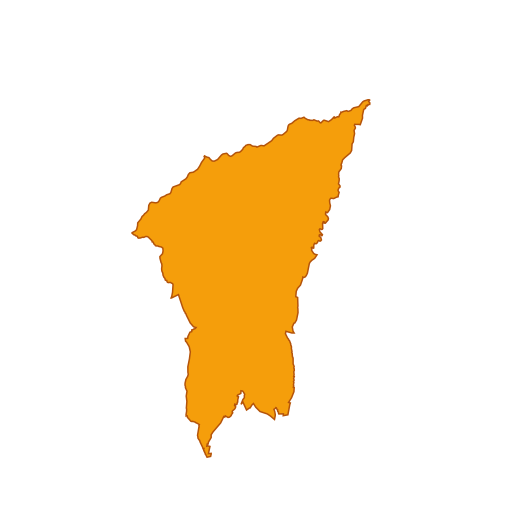 Plopis, Salaj, Romania (Robinson projection), rotated 125°
{"feature_id": "2599482B94212373707820", "entity_name": "Plopis", "entity_type": "district", "adm_level": 2, "iso_a3": "ROU", "parent_name": "Romania", "parent_adm1": "Salaj", "projection": "robinson", "projection_center": [22.647, 47.107], "detail": "fine", "context": "isolated", "style": "filled", "palette": "amber", "viewbox_px": 512, "rotation_deg": 125, "n_neighbors": 0, "source": "geoboundaries", "source_scale": "gbopen_adm2", "svg_char_len": 6125}
<svg xmlns="http://www.w3.org/2000/svg" viewBox="0 0 512 512"><g transform="rotate(125 256 256)"><path d="M308.0,370.9L308.4,370.7L308.7,368.1L308.2,367.3L308.5,366.3L307.9,364.4L308.8,363.3L308.8,362.6L307.7,361.2L305.7,359.7L305.1,358.6L303.2,357.5L302.4,356.1L302.3,355.0L303.2,349.9L304.0,349.2L303.6,348.1L304.7,346.6L304.7,345.5L305.2,344.4L305.1,343.7L304.0,342.0L304.0,341.2L302.9,338.7L303.0,336.8L305.2,335.0L307.8,333.9L311.6,334.4L313.0,333.3L315.8,330.0L316.4,328.8L318.0,327.4L320.7,325.9L322.3,324.5L323.5,322.5L325.0,321.2L326.3,319.1L326.6,317.7L327.7,316.6L327.7,316.0L327.2,315.1L328.1,314.1L328.3,313.3L328.0,312.4L326.8,311.1L326.5,308.4L327.1,307.5L333.5,303.6L337.3,301.9L339.1,301.5L338.8,301.1L332.1,297.4L340.4,286.3L342.5,282.9L342.8,281.7L343.6,280.9L343.6,280.0L344.4,279.1L348.6,271.4L349.8,266.5L349.3,265.0L349.5,264.6L349.1,264.1L349.9,264.1L350.9,264.5L351.6,265.2L352.7,265.5L353.3,266.2L354.8,265.3L356.3,266.4L361.0,265.6L362.7,264.7L364.2,266.7L366.2,264.8L366.4,263.5L368.6,258.7L372.2,254.8L378.5,251.5L385.8,248.3L390.3,245.1L391.7,243.7L393.6,243.0L397.4,242.6L400.8,241.2L402.5,240.1L403.2,239.1L404.4,238.2L406.3,235.0L410.8,232.8L414.8,229.2L420.6,225.8L421.1,225.1L423.0,223.8L426.1,222.3L427.1,221.5L426.5,221.2L426.4,220.6L427.5,219.6L428.7,214.6L428.3,213.4L427.8,213.2L427.0,210.7L427.1,209.9L426.7,207.7L426.6,205.7L427.9,205.4L428.6,204.5L429.2,204.5L436.5,201.0L437.5,199.8L438.4,199.2L439.3,197.2L439.2,196.7L440.5,195.0L443.6,189.5L444.3,188.9L444.3,188.7L443.7,188.2L444.6,187.9L445.6,186.8L445.5,186.3L446.4,185.4L446.7,184.4L447.3,184.1L447.3,183.7L448.9,180.7L446.2,178.2L444.0,179.1L443.4,179.5L445.2,181.6L438.4,184.5L439.2,186.6L440.0,187.2L437.9,188.1L437.5,187.4L435.7,188.2L430.4,188.6L428.1,190.2L424.5,190.3L413.0,189.2L406.0,190.3L405.9,189.2L404.6,189.5L404.3,186.3L403.2,185.3L401.1,184.8L399.8,185.1L397.8,185.1L397.5,186.1L396.4,186.4L393.4,185.7L391.8,185.9L390.9,186.4L390.6,187.1L390.9,187.5L390.7,187.9L389.5,188.4L389.1,186.9L388.2,186.6L386.6,187.4L386.2,187.2L384.2,188.5L381.3,189.6L381.3,190.0L381.7,190.7L381.4,191.2L380.4,191.3L377.3,189.6L375.0,191.0L374.3,189.5L374.4,189.0L375.7,186.0L377.1,185.5L378.7,184.3L381.1,184.4L386.1,183.2L383.2,182.9L387.6,175.4L384.1,174.1L383.8,173.7L380.4,173.9L378.3,173.5L380.0,169.5L381.1,163.5L378.9,156.2L378.8,152.7L379.3,147.1L376.1,148.5L374.9,149.2L372.7,151.4L371.3,153.4L370.0,152.8L368.8,152.8L368.7,152.3L369.6,150.8L369.6,150.0L370.2,149.8L370.8,149.1L371.0,148.2L371.7,147.6L372.3,146.7L369.6,143.0L371.2,142.1L367.8,138.8L358.3,143.1L356.7,143.6L357.3,145.3L351.7,145.6L345.4,147.1L341.8,149.3L342.2,150.0L340.4,150.9L340.1,151.4L337.8,152.5L337.5,153.2L335.8,153.6L334.8,154.9L332.8,155.5L333.0,156.1L331.4,156.7L329.1,158.7L327.8,159.0L326.4,160.1L326.1,160.8L324.6,161.4L323.1,163.7L318.7,166.8L317.8,167.7L317.7,168.3L314.9,170.6L314.6,171.4L313.6,171.7L311.2,174.2L310.2,174.7L309.3,175.8L309.1,176.4L308.1,177.1L306.1,180.1L306.0,181.1L305.5,181.6L305.1,183.1L302.8,187.3L300.5,188.3L298.5,182.5L297.2,180.6L296.3,182.6L293.3,185.6L289.3,186.4L288.6,185.8L285.2,186.1L278.3,189.1L275.1,191.5L274.5,192.2L272.9,193.0L266.1,198.1L266.5,200.1L261.8,202.8L258.5,203.4L254.3,202.9L248.7,204.5L246.4,205.5L246.4,204.7L244.9,203.7L243.3,203.6L240.7,204.0L231.8,207.9L230.2,208.2L227.5,207.8L224.3,206.6L220.0,206.7L220.8,208.8L220.8,210.3L219.5,213.6L218.9,213.9L217.3,215.5L216.6,215.1L217.0,214.3L216.8,213.6L216.3,213.3L213.8,215.0L212.1,215.3L212.0,214.6L211.2,213.6L209.7,213.4L208.2,213.8L207.3,213.4L207.3,212.5L206.7,211.7L205.3,211.6L203.6,213.7L203.6,215.5L202.6,216.2L201.9,216.0L201.7,215.6L201.8,214.1L201.4,213.6L200.4,213.8L199.5,217.6L198.0,219.3L197.0,219.2L196.6,217.4L196.1,217.0L195.3,217.0L191.2,220.1L189.4,220.6L189.1,220.4L188.9,219.5L189.9,218.9L189.3,218.0L185.0,217.6L183.6,218.3L183.2,219.0L182.7,219.7L182.1,222.8L181.0,223.6L179.8,224.0L179.8,222.6L179.2,222.3L175.7,222.3L172.2,223.8L170.3,226.0L168.1,227.8L167.1,228.0L165.7,227.8L164.4,225.3L161.7,223.8L160.4,222.7L159.1,223.4L156.2,224.4L155.4,226.3L154.5,226.8L152.2,227.1L151.3,226.7L150.3,227.5L149.6,229.8L146.8,231.0L145.0,232.1L143.8,233.8L142.8,234.2L141.7,235.2L139.7,236.4L135.5,236.3L133.1,237.6L133.0,238.2L131.9,238.9L130.8,239.0L127.6,240.2L124.5,239.7L117.6,237.9L114.7,238.2L109.1,241.6L106.6,241.8L102.7,244.0L99.3,245.4L96.9,247.7L94.1,248.0L93.4,248.7L92.6,250.3L91.6,250.7L88.8,246.6L88.8,246.0L88.3,246.0L82.0,247.8L79.7,249.5L74.4,251.7L73.4,251.6L72.4,251.0L69.5,251.9L69.2,251.0L68.6,251.3L68.3,250.8L67.7,251.1L66.6,249.8L65.3,250.5L64.8,252.4L63.1,252.3L63.1,253.0L63.8,253.9L67.0,256.4L68.5,257.0L74.7,257.5L78.5,260.9L80.2,261.6L82.2,261.7L84.1,262.9L84.8,263.6L84.9,265.0L87.2,267.1L89.2,268.4L89.5,269.0L90.1,268.6L92.4,268.6L94.4,268.0L95.0,268.6L95.2,269.2L97.8,270.6L98.0,270.9L97.2,271.3L97.2,271.8L101.0,272.4L104.3,273.6L105.6,277.9L106.1,278.5L109.8,279.2L110.0,280.0L109.5,282.2L110.5,283.5L111.2,286.7L112.3,287.2L114.0,289.8L113.8,290.0L114.7,291.9L115.0,295.0L114.8,296.3L117.4,298.0L118.4,299.8L122.9,301.8L126.8,302.8L128.8,304.1L129.9,304.4L131.2,304.2L135.2,302.4L136.5,302.4L140.8,303.5L142.2,304.2L143.9,307.1L144.8,307.7L149.5,309.2L152.6,309.3L161.2,312.6L162.3,314.9L162.9,315.6L166.3,317.7L166.2,318.5L166.4,319.1L168.0,321.8L168.1,324.7L169.4,326.5L171.3,327.8L172.4,327.8L174.4,328.4L176.2,328.1L178.6,328.4L180.5,329.0L182.0,330.9L183.3,331.9L187.6,333.1L188.7,333.7L189.0,334.2L189.3,335.9L188.7,338.5L188.8,339.1L191.4,341.6L193.1,342.2L199.0,342.8L202.3,344.6L203.3,346.4L203.0,348.9L202.4,351.0L203.2,353.1L203.5,355.6L204.4,355.5L204.7,354.7L205.3,354.2L210.5,354.3L214.7,353.7L218.5,353.6L223.3,355.4L225.7,357.9L227.9,358.2L230.7,357.6L233.0,357.7L238.2,359.8L239.7,359.4L241.3,359.5L247.0,363.5L248.9,363.5L252.7,362.2L254.3,362.2L257.1,364.3L259.2,365.1L262.2,367.1L263.5,367.5L266.3,367.0L268.4,367.2L270.0,368.6L271.8,372.3L273.5,373.2L276.0,372.9L280.2,370.5L283.3,370.8L285.3,371.5L287.2,371.5L288.9,372.0L291.8,371.5L296.7,371.9L299.1,370.4L303.0,368.9L304.9,369.3L308.0,370.9Z" fill="#f59e0b" stroke="#b45309" stroke-width="1.5"/></g></svg>